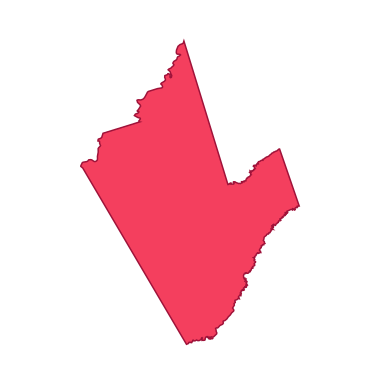 Puerto Caicedo, Putumayo, Colombia, rotated 71°
{"feature_id": "7082276B64544196905368", "entity_name": "Puerto Caicedo", "entity_type": "district", "adm_level": 2, "iso_a3": "COL", "parent_name": "Colombia", "parent_adm1": "Putumayo", "projection": "equal_earth", "projection_center": [-76.404, 0.736], "detail": "fine", "context": "isolated", "style": "filled", "palette": "rose", "viewbox_px": 384, "rotation_deg": 71, "n_neighbors": 0, "source": "geoboundaries", "source_scale": "gbopen_adm2", "svg_char_len": 6048}
<svg xmlns="http://www.w3.org/2000/svg" viewBox="0 0 384 384"><g transform="rotate(71 192 192)"><path d="M240.1,95.2L179.9,95.2L179.7,95.8L180.8,98.5L180.7,99.9L181.0,101.1L180.8,101.7L181.3,102.8L181.3,103.9L182.0,105.0L182.3,106.2L183.2,108.0L183.2,110.5L183.6,111.2L183.7,112.2L184.2,113.3L184.2,114.3L184.6,114.7L185.1,114.7L184.6,116.0L185.1,117.8L185.0,119.2L186.1,120.7L186.7,120.1L187.0,120.1L186.6,121.6L187.9,122.7L187.5,122.8L187.7,123.4L187.2,123.5L187.0,125.1L187.6,125.6L188.2,125.0L188.7,125.1L189.3,124.8L189.8,125.0L190.3,124.8L190.2,125.4L191.1,125.6L191.2,125.9L191.0,126.5L191.5,126.9L191.9,127.9L191.4,128.2L191.6,129.5L191.0,130.1L192.3,130.1L192.3,130.4L191.9,130.8L192.1,131.2L193.0,130.7L192.7,130.0L192.8,129.8L193.9,130.6L194.4,130.7L195.0,130.4L195.2,131.4L196.1,132.2L196.1,132.7L196.3,133.2L196.1,133.6L196.2,134.2L196.8,134.8L196.7,135.5L197.1,135.7L197.5,136.6L199.0,137.5L198.6,138.6L199.3,139.5L198.7,139.9L198.9,140.1L198.8,140.6L199.2,141.0L198.6,141.2L198.4,141.8L199.5,142.0L199.8,143.5L199.4,144.0L199.2,145.1L196.9,147.8L196.4,148.0L195.9,149.2L196.0,149.6L196.3,149.8L197.0,149.3L197.6,149.4L197.9,149.7L197.8,150.3L198.0,150.6L197.7,151.0L197.6,151.6L197.2,151.9L197.3,152.5L197.1,152.8L196.1,152.4L196.1,153.3L196.7,154.5L196.7,154.8L196.4,154.9L196.5,155.6L46.6,150.5L48.5,151.9L48.7,153.3L48.7,155.3L49.7,157.8L52.7,160.4L54.8,161.4L56.2,161.5L57.0,160.8L57.4,159.6L58.1,158.5L58.3,158.2L58.7,158.2L59.3,159.8L59.5,161.4L59.9,162.0L61.4,163.0L62.0,164.0L62.6,166.6L63.4,167.7L64.3,168.2L65.8,167.7L66.5,168.3L67.1,170.0L67.7,171.0L68.0,171.9L68.2,173.9L68.7,174.8L71.0,173.5L73.5,173.5L75.2,173.2L76.8,174.1L77.0,174.9L76.3,175.4L74.0,174.5L72.5,175.6L72.3,176.3L72.8,176.6L73.0,177.1L73.1,179.8L74.7,180.5L76.4,180.4L77.5,180.7L78.3,182.0L79.0,185.3L79.4,186.1L80.1,186.2L80.6,185.7L81.9,185.5L83.1,185.6L83.6,186.2L83.7,186.9L83.0,190.9L82.7,200.5L83.1,201.6L86.5,205.2L87.5,206.5L88.1,207.7L88.3,208.6L88.3,210.5L87.4,212.5L87.2,213.8L87.4,214.2L89.6,214.3L92.6,212.7L94.0,212.6L96.5,215.7L97.5,217.4L98.0,217.3L98.7,216.2L99.3,216.4L100.0,217.9L99.8,219.2L100.0,220.3L101.0,221.6L104.0,218.9L105.2,217.1L105.5,216.9L106.2,217.1L107.5,219.1L108.4,219.2L108.7,218.7L107.5,257.0L111.0,259.6L111.5,261.0L111.5,263.3L112.3,264.0L113.2,264.3L113.6,263.3L114.4,263.0L115.8,263.5L118.4,263.4L118.8,263.9L119.8,265.9L120.4,266.6L123.8,267.7L127.5,269.8L130.3,270.7L131.0,271.3L131.5,272.1L131.7,273.1L131.7,273.5L131.3,274.6L129.0,276.3L128.4,277.3L128.0,278.9L128.0,279.3L128.9,280.6L129.0,281.5L128.4,285.2L128.5,286.1L130.9,288.5L131.6,288.8L133.7,287.5L334.2,246.8L334.1,244.8L333.8,244.3L333.3,244.1L333.2,243.6L333.8,241.7L334.2,241.8L334.3,241.3L333.8,240.9L333.3,239.8L332.6,239.7L332.4,239.2L332.6,238.9L333.3,238.5L333.7,237.8L333.7,237.1L333.4,235.8L334.3,235.1L334.8,233.8L334.6,231.7L333.1,230.4L333.0,229.9L333.4,229.7L334.3,230.6L335.6,230.8L335.7,229.8L336.1,229.3L336.2,228.4L336.0,227.7L335.1,227.4L333.8,226.3L333.5,225.2L333.6,224.9L333.9,225.3L334.6,223.6L334.9,224.1L335.1,223.8L335.3,221.0L335.7,221.3L335.8,222.4L336.1,223.0L335.9,223.9L336.0,224.0L336.4,223.7L337.0,222.7L337.1,220.9L337.4,220.4L337.2,220.0L336.0,219.5L335.8,218.3L334.2,214.9L333.3,214.4L331.5,214.5L330.5,214.2L328.6,214.1L328.5,213.0L328.8,212.3L328.7,211.5L327.3,209.0L327.0,206.1L326.1,205.0L324.9,204.9L324.2,204.4L324.3,202.8L323.4,200.4L321.9,198.4L320.7,195.8L319.2,193.9L318.2,191.5L317.8,191.1L316.9,190.9L314.9,191.4L312.8,188.8L311.1,188.5L310.6,187.1L310.1,186.9L309.0,187.0L308.4,186.6L308.4,184.6L307.8,183.0L308.4,182.0L307.1,182.0L306.4,182.3L305.8,181.7L305.5,180.7L305.2,180.4L305.7,180.2L305.9,179.8L305.0,179.7L305.5,179.3L305.4,179.1L304.4,178.9L303.9,178.4L303.4,178.4L302.9,178.9L301.9,177.7L301.4,177.5L301.7,175.4L301.4,175.6L301.0,176.3L300.8,176.3L300.6,175.6L300.9,174.4L299.6,174.4L299.5,173.5L298.8,173.0L298.9,172.8L299.5,173.0L299.7,171.7L298.3,170.6L298.1,169.9L297.8,170.0L298.2,170.9L298.0,171.5L297.1,171.0L296.8,170.2L295.5,170.4L295.4,169.8L294.9,169.9L294.5,169.2L293.5,169.7L293.4,170.7L291.9,169.2L291.3,170.2L291.9,170.2L291.4,170.8L290.8,170.6L290.8,170.2L290.5,170.1L290.2,171.0L289.9,171.1L287.6,170.4L286.6,169.6L286.5,168.0L286.1,168.2L285.9,168.1L286.0,167.0L286.8,166.3L287.0,165.7L286.9,164.9L286.2,164.1L286.4,163.6L286.3,162.9L285.8,162.5L285.8,163.2L285.3,162.9L285.3,161.8L284.9,161.4L284.1,161.0L283.6,160.3L283.9,159.5L283.7,159.1L283.1,159.8L282.8,159.5L282.2,158.6L281.9,156.7L281.3,156.4L280.2,156.7L279.5,155.9L279.3,155.0L278.4,154.6L277.2,155.6L276.6,155.5L276.2,154.6L275.4,154.8L274.8,154.6L274.1,155.2L274.1,153.8L273.4,153.7L272.9,152.2L271.9,151.6L270.8,149.8L270.9,149.4L271.6,149.4L271.6,148.0L271.4,147.3L271.6,146.7L270.8,146.8L270.4,146.5L269.3,147.2L268.3,146.8L267.9,146.0L267.2,145.4L267.3,145.0L267.2,144.7L265.8,144.1L265.7,143.5L265.3,143.7L265.2,142.9L264.8,142.3L265.3,141.4L264.5,140.9L264.5,140.0L264.4,139.8L263.9,140.1L262.7,139.8L261.0,140.3L259.7,139.2L258.8,138.9L258.0,138.2L257.2,135.8L256.4,135.1L256.3,134.3L256.6,133.7L256.3,133.4L256.3,132.9L255.7,132.7L255.8,131.5L254.9,130.6L254.7,130.1L254.2,130.0L253.8,129.0L253.0,129.3L252.7,129.2L253.5,127.8L253.0,128.1L252.7,127.6L251.2,127.9L251.2,127.5L252.0,127.0L252.0,126.6L250.7,126.1L250.2,127.3L249.9,127.4L249.8,126.6L250.2,125.8L249.7,126.4L249.4,126.3L249.2,125.2L250.7,124.3L250.7,123.9L249.7,123.0L249.4,121.8L248.8,121.2L248.9,120.3L247.9,119.8L247.6,119.4L247.9,118.2L247.7,117.2L246.9,117.2L246.4,117.8L246.0,117.6L246.0,116.2L245.6,115.6L245.9,115.1L245.6,114.3L245.0,114.7L244.7,114.0L244.5,111.5L244.1,111.2L243.2,112.7L243.9,110.8L243.8,110.3L242.9,110.4L242.1,110.8L241.8,110.6L242.0,110.0L243.0,109.1L243.0,108.7L242.5,108.2L241.5,108.7L241.1,108.5L241.1,107.8L240.7,104.1L240.9,103.5L241.8,102.8L241.6,102.5L240.7,102.5L240.5,102.2L241.5,101.0L242.4,101.0L242.4,100.5L242.2,100.1L241.5,100.1L240.9,99.8L240.5,99.0L241.0,97.8L240.7,97.3L239.9,97.3L240.1,96.6L239.8,96.4L239.8,96.1L240.1,95.2Z" fill="#f43f5e" stroke="#9f1239" stroke-width="1.5"/></g></svg>